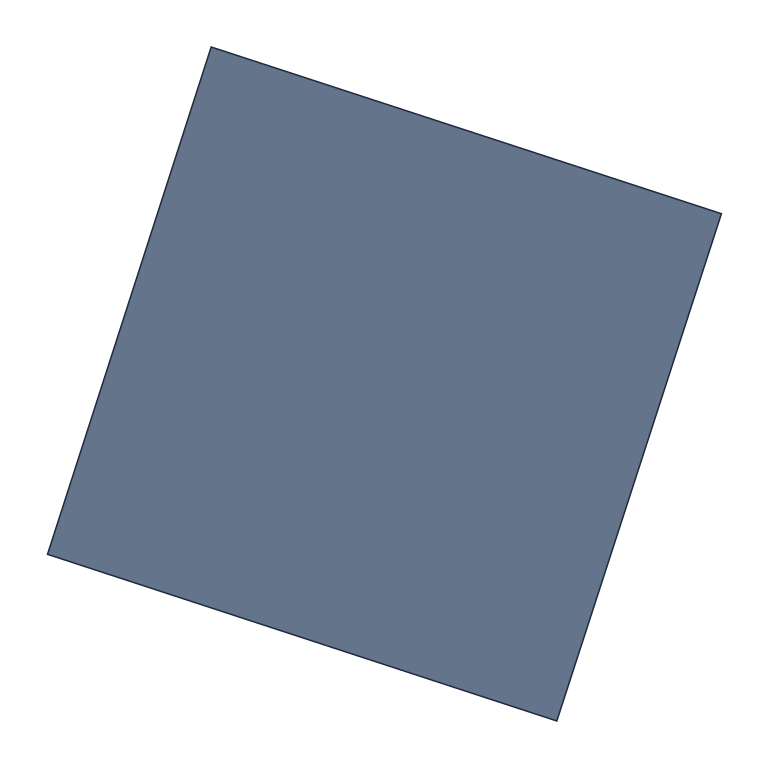 outline of Hancock, Iowa, United States of America, rotated 108°
{"feature_id": "52423323B74830272216287", "entity_name": "Hancock", "entity_type": "district", "adm_level": 2, "iso_a3": "USA", "parent_name": "United States of America", "parent_adm1": "Iowa", "projection": "mercator", "projection_center": [-93.782, 43.082], "detail": "fine", "context": "isolated", "style": "filled", "palette": "slate", "viewbox_px": 768, "rotation_deg": 108, "n_neighbors": 0, "source": "geoboundaries", "source_scale": "gbopen_adm2", "svg_char_len": 231}
<svg xmlns="http://www.w3.org/2000/svg" viewBox="0 0 768 768"><g transform="rotate(108 384 384)"><path d="M117.8,115.7L116.9,652.5L650.0,651.4L651.1,115.5L117.8,115.7Z" fill="#64748b" stroke="#1e293b" stroke-width="1.5"/></g></svg>